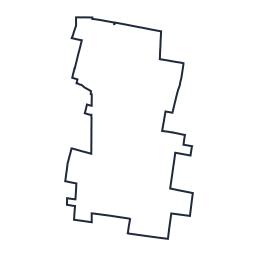 Dragos Voda, Calarasi, Romania, rotated 89°
{"feature_id": "2599482B24421220796675", "entity_name": "Dragos Voda", "entity_type": "district", "adm_level": 2, "iso_a3": "ROU", "parent_name": "Romania", "parent_adm1": "Calarasi", "projection": "equal_earth", "projection_center": [27.177, 44.458], "detail": "fine", "context": "isolated", "style": "outline", "palette": "slate", "viewbox_px": 256, "rotation_deg": 89, "n_neighbors": 0, "source": "geoboundaries", "source_scale": "gbopen_adm2", "svg_char_len": 4773}
<svg xmlns="http://www.w3.org/2000/svg" viewBox="0 0 256 256"><g transform="rotate(89 128 128)"><path d="M218.8,183.6L218.9,182.9L220.2,174.4L221.6,165.9L212.7,165.8L212.9,164.0L213.7,158.7L215.4,147.3L217.3,136.2L218.5,128.8L218.7,128.1L219.1,127.5L223.7,128.4L226.2,128.9L232.5,129.9L233.3,130.1L233.5,129.4L236.2,112.3L238.1,99.9L238.5,97.2L239.1,93.0L239.5,90.0L229.5,88.6L221.8,87.4L214.2,86.2L217.0,67.6L203.4,65.7L194.2,64.3L192.5,72.1L191.1,78.7L191.0,79.0L190.9,79.5L190.3,82.1L189.2,86.9L186.8,86.5L171.4,84.0L167.5,83.4L163.6,82.7L153.6,81.2L153.8,80.1L154.1,78.5L156.6,66.0L152.0,65.2L147.5,64.4L147.3,64.3L147.2,64.9L147.1,65.4L145.7,72.8L141.0,72.1L136.4,71.3L135.9,71.2L135.9,71.5L135.6,73.0L135.2,74.8L134.8,76.3L134.7,76.8L134.6,77.6L134.3,78.6L134.1,79.4L133.9,80.4L133.7,81.4L133.5,82.2L133.3,83.1L133.1,83.4L133.3,83.6L132.6,87.0L132.4,88.1L132.2,89.4L131.8,92.5L131.6,93.9L130.4,93.7L128.7,93.4L126.3,92.9L124.1,92.5L123.3,92.3L122.8,92.2L121.3,91.9L120.6,91.8L117.8,91.3L116.3,91.0L114.2,90.6L112.1,90.2L112.2,89.8L112.5,88.5L112.7,87.3L113.0,85.9L113.3,84.6L113.5,83.3L107.3,81.7L103.4,80.7L100.9,80.0L98.4,79.4L97.0,79.0L94.4,78.3L91.7,77.5L89.6,76.8L86.8,75.7L85.9,75.4L85.2,75.3L82.6,74.8L81.2,74.4L79.8,74.0L78.6,73.7L78.0,73.6L77.3,73.5L74.4,73.0L71.8,72.6L71.1,72.4L68.3,72.0L66.2,71.6L64.2,71.4L63.8,73.1L63.6,74.1L62.8,78.7L61.6,85.1L61.4,85.8L60.8,89.0L60.0,93.7L59.7,95.0L56.8,94.8L54.3,94.7L51.2,94.5L50.7,94.5L47.8,94.2L46.4,94.1L45.8,94.1L45.4,94.1L44.7,94.1L44.3,94.0L42.9,94.0L41.8,93.9L41.2,93.9L40.7,93.8L39.9,93.8L39.1,93.7L38.6,93.7L38.1,93.6L37.6,93.6L36.6,93.5L36.3,93.5L35.9,93.5L34.4,93.4L33.5,93.3L32.9,93.3L32.2,93.2L31.9,93.2L31.7,94.5L30.6,99.8L29.8,103.7L29.1,106.9L28.2,111.0L28.1,111.5L27.8,112.7L27.6,114.0L27.3,115.5L27.1,116.5L26.8,117.9L26.6,118.9L24.5,128.6L22.7,137.6L22.3,139.3L22.3,139.5L22.5,139.6L23.8,139.6L23.9,139.8L23.9,140.0L23.6,140.0L23.0,139.9L22.8,139.9L22.4,139.9L22.3,140.0L21.1,146.1L19.3,155.0L19.0,157.1L18.8,158.0L18.7,158.9L18.5,160.1L18.4,161.1L18.4,161.7L18.2,161.7L17.9,161.7L17.6,161.7L16.9,161.7L16.9,161.9L16.9,162.3L16.8,163.3L16.8,163.6L16.8,164.1L16.8,164.7L16.7,166.0L16.7,167.2L16.7,167.7L16.6,169.5L16.6,171.1L16.6,172.5L16.6,173.6L16.5,174.8L16.5,176.0L16.5,178.0L17.7,178.0L19.4,178.1L21.3,178.1L23.0,178.1L23.7,178.1L24.2,178.2L24.7,178.2L25.4,178.3L25.9,178.5L26.5,178.8L27.1,179.0L28.5,179.5L30.1,180.1L30.8,180.3L31.8,180.7L34.0,181.3L35.1,181.8L36.1,182.3L37.2,182.7L37.3,182.1L37.5,181.2L37.7,180.4L37.9,179.7L38.1,179.0L38.3,178.2L38.5,177.3L38.7,176.5L38.9,175.4L39.1,174.5L39.3,173.7L39.4,173.1L39.5,172.8L39.5,172.7L39.8,172.7L40.0,172.8L40.7,173.0L41.3,173.1L42.0,173.3L43.4,173.7L44.5,174.0L45.4,174.2L46.2,174.4L47.0,174.7L47.5,174.8L48.6,175.1L49.6,175.4L50.3,175.6L51.8,176.0L53.2,176.4L53.9,176.6L55.0,176.9L55.9,177.1L56.5,177.3L57.3,177.5L57.9,177.6L58.4,177.8L60.0,178.2L60.7,178.3L61.5,178.6L62.6,178.9L63.7,179.2L65.4,179.6L67.6,180.2L67.5,180.5L68.7,180.8L70.4,181.2L72.8,181.9L74.9,182.4L76.8,182.9L78.5,177.7L82.4,178.7L82.6,178.2L82.5,177.9L82.6,177.3L83.0,176.8L83.7,175.5L83.9,174.7L84.0,174.3L84.0,173.8L84.1,173.6L84.4,173.3L85.4,172.2L86.7,170.7L86.9,170.4L87.1,170.1L87.6,169.2L88.6,167.5L89.0,166.8L89.6,165.8L90.0,165.1L90.3,164.5L93.4,164.6L93.5,164.1L93.6,163.7L94.7,163.7L96.2,163.7L97.3,163.7L98.9,163.8L100.2,163.8L101.5,163.9L102.8,163.9L104.6,163.9L105.1,163.9L104.8,165.5L103.8,168.6L112.5,170.9L114.0,166.3L114.1,165.8L114.1,165.4L114.1,165.0L114.1,164.6L114.1,164.4L114.8,164.4L115.5,164.4L116.1,164.4L116.4,164.4L116.7,164.4L116.9,164.3L117.0,164.3L117.4,164.3L117.8,164.3L119.2,164.3L120.3,164.4L121.2,164.4L122.0,164.4L123.4,164.4L124.5,164.5L125.1,164.5L125.5,164.5L126.0,164.5L127.0,164.5L127.7,164.6L128.9,164.6L129.9,164.6L130.8,164.6L131.9,164.6L132.9,164.7L134.2,164.7L135.4,164.7L137.3,164.8L138.1,164.8L138.7,164.8L140.3,164.8L141.6,164.9L142.8,164.9L143.1,164.9L144.0,164.9L144.8,165.0L145.5,165.0L147.7,165.0L150.4,165.1L153.1,165.2L152.9,165.8L152.5,167.2L152.1,168.5L152.0,168.9L151.7,169.9L151.5,170.7L151.1,171.9L150.8,173.2L150.5,174.2L150.2,175.3L149.9,176.2L149.5,177.5L149.3,178.2L149.1,178.8L148.8,179.9L148.3,181.4L148.1,182.2L147.8,183.1L147.5,184.2L147.4,184.6L147.4,184.8L147.5,184.8L147.8,184.9L149.1,185.2L151.1,185.8L152.5,186.2L155.6,187.1L159.9,188.3L161.7,188.8L162.8,189.1L163.8,189.2L165.2,189.4L168.7,189.9L173.0,190.6L177.1,191.2L178.6,191.4L180.1,191.7L180.4,190.2L181.4,186.0L182.0,183.1L182.5,180.6L190.0,181.1L198.4,181.8L198.3,182.8L198.1,184.3L197.7,186.7L197.4,188.4L197.1,190.1L198.7,190.2L200.4,190.2L202.0,190.3L203.7,190.4L203.8,190.3L204.0,188.8L204.4,186.6L204.8,184.5L205.1,182.3L207.8,182.6L214.0,183.2L216.0,183.3L218.8,183.6Z" fill="none" stroke="#1e293b" stroke-width="2"/></g></svg>